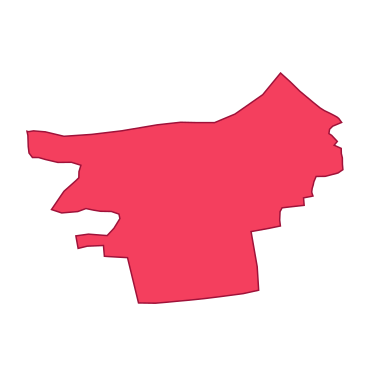 Sisattanak, Vientiane [prefecture], Laos (Natural Earth projection), rotated 83°
{"feature_id": "54806243B63933200485588", "entity_name": "Sisattanak", "entity_type": "district", "adm_level": 2, "iso_a3": "LAO", "parent_name": "Laos", "parent_adm1": "Vientiane [prefecture]", "projection": "natural_earth1", "projection_center": [102.629, 17.933], "detail": "fine", "context": "isolated", "style": "filled", "palette": "rose", "viewbox_px": 384, "rotation_deg": 83, "n_neighbors": 0, "source": "geoboundaries", "source_scale": "gbopen_adm2", "svg_char_len": 1400}
<svg xmlns="http://www.w3.org/2000/svg" viewBox="0 0 384 384"><g transform="rotate(83 192 192)"><path d="M84.7,89.6L104.0,109.9L118.8,137.8L119.9,139.9L125.9,161.2L125.4,164.9L123.6,179.6L121.4,194.8L121.2,208.1L121.1,218.6L122.7,254.2L122.6,284.6L121.1,312.3L114.4,330.3L112.0,341.9L112.2,346.8L111.6,348.4L115.9,348.0L127.0,349.0L133.5,349.0L138.3,346.2L139.1,340.0L141.8,333.7L146.3,321.5L147.8,308.1L151.9,299.0L158.0,301.7L164.1,302.6L166.9,306.3L175.6,318.9L178.5,321.5L192.3,333.6L196.9,323.9L197.5,307.7L195.5,299.3L198.1,291.6L200.0,285.1L201.5,274.4L205.0,267.2L209.6,266.8L218.5,273.9L224.9,281.5L224.1,285.6L221.2,299.9L221.4,312.6L223.6,312.5L234.1,311.9L233.0,302.5L234.3,286.4L245.1,286.8L245.9,282.8L249.3,264.0L295.6,258.6L297.9,241.9L298.3,231.5L298.6,220.4L299.0,208.4L299.3,193.1L299.3,176.7L299.1,153.4L297.6,137.8L274.1,136.4L238.5,138.2L237.4,119.5L236.5,108.4L230.6,108.4L222.2,107.0L218.7,104.5L218.7,99.3L218.9,82.3L211.4,82.0L210.9,74.0L210.7,72.4L207.7,73.1L206.2,73.1L204.0,72.5L202.9,72.2L199.7,70.8L196.7,69.8L191.7,66.9L192.7,57.8L190.9,44.7L188.2,39.5L182.8,39.3L176.4,38.6L172.1,39.1L166.9,38.6L162.9,45.2L159.5,41.6L152.8,46.5L150.7,49.0L146.5,47.8L143.8,44.3L141.2,35.0L137.0,37.3L135.5,38.7L135.4,38.8L133.7,41.1L131.5,44.3L130.5,45.8L127.3,50.8L124.0,54.8L117.8,60.8L105.1,72.7L94.8,80.9L84.7,89.6Z" fill="#f43f5e" stroke="#9f1239" stroke-width="1.5"/></g></svg>